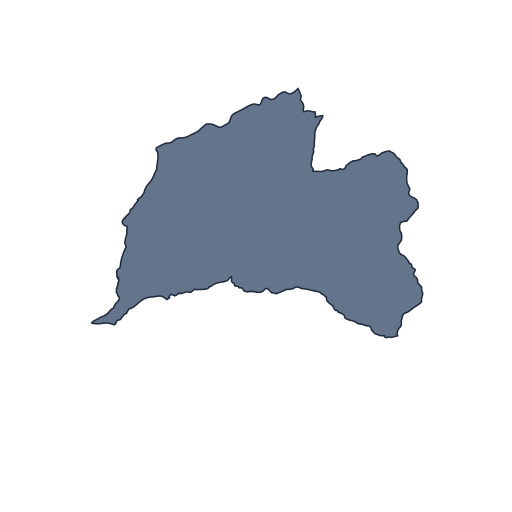 Tenza, Boyacá, Colombia, rotated 236°
{"feature_id": "7082276B18084184900557", "entity_name": "Tenza", "entity_type": "district", "adm_level": 2, "iso_a3": "COL", "parent_name": "Colombia", "parent_adm1": "Boyacá", "projection": "equal_earth", "projection_center": [-73.43, 5.079], "detail": "fine", "context": "isolated", "style": "filled", "palette": "slate", "viewbox_px": 512, "rotation_deg": 236, "n_neighbors": 0, "source": "geoboundaries", "source_scale": "gbopen_adm2", "svg_char_len": 6160}
<svg xmlns="http://www.w3.org/2000/svg" viewBox="0 0 512 512"><g transform="rotate(236 256 256)"><path d="M401.4,234.0L400.6,232.9L399.9,232.6L398.9,232.4L397.4,232.7L393.2,230.4L391.3,228.9L385.2,223.4L383.5,222.2L382.6,220.8L381.6,218.8L378.5,214.1L377.4,211.8L374.9,203.9L373.0,200.8L371.1,198.5L370.4,197.1L369.1,193.2L369.3,191.2L368.9,189.2L368.0,189.4L366.6,184.7L364.8,180.7L364.7,177.6L363.3,176.3L362.7,175.6L362.2,174.5L361.6,170.5L360.6,166.6L359.8,165.0L359.3,164.3L358.7,163.9L357.9,163.7L355.5,163.8L352.9,165.3L352.4,165.4L351.8,165.3L349.6,163.3L346.7,161.4L342.9,157.0L341.1,155.3L340.1,154.5L339.2,154.2L337.2,153.8L335.8,152.8L332.9,148.0L330.9,145.6L330.0,144.2L326.4,140.3L322.9,137.3L322.2,136.1L322.3,134.3L322.1,133.2L321.1,131.8L320.4,131.2L319.7,130.9L318.2,130.7L317.3,129.5L316.7,129.1L316.4,129.2L316.1,129.7L315.7,129.7L314.8,128.7L314.5,128.7L314.5,129.4L314.2,129.5L312.6,128.9L311.3,127.1L308.3,124.0L307.0,122.1L305.4,121.1L304.5,120.1L303.7,119.9L302.4,120.0L300.4,119.3L299.8,119.2L299.0,119.6L297.7,119.4L296.5,118.2L296.0,117.2L295.3,113.9L293.9,110.7L292.7,108.8L292.6,108.0L292.8,106.3L291.5,101.6L291.3,100.5L291.4,96.2L292.0,93.9L292.3,89.7L292.9,85.6L292.5,82.4L292.2,82.3L290.8,83.6L287.9,87.3L285.0,93.1L282.9,96.2L278.4,99.9L278.0,100.7L278.3,101.6L279.6,103.5L279.9,104.3L280.0,105.7L279.4,106.8L279.2,108.0L281.2,113.8L281.3,115.2L280.8,116.0L280.8,116.3L282.4,119.3L283.2,121.5L282.6,122.7L282.2,125.0L282.4,129.0L283.1,134.2L283.2,138.2L283.1,139.1L282.1,143.1L281.5,144.6L279.5,148.1L277.7,152.0L276.4,154.2L274.3,156.1L269.8,157.7L269.7,161.0L270.9,161.0L271.1,161.2L271.8,164.2L268.8,166.0L268.3,166.7L268.1,168.0L268.3,171.6L267.5,171.8L267.2,172.2L266.3,174.0L265.7,176.2L265.3,178.3L263.7,179.8L262.3,181.7L262.3,182.6L262.8,185.7L262.6,186.4L261.9,187.5L260.9,188.4L260.4,189.6L258.2,193.0L256.5,196.2L256.0,198.1L256.4,199.6L256.6,199.6L256.2,200.8L256.1,201.6L256.1,204.2L255.8,207.4L254.6,210.8L252.6,215.0L251.6,218.8L252.0,219.8L252.7,223.9L252.0,223.8L250.9,223.2L250.3,222.7L250.0,222.3L248.8,221.6L246.9,221.6L245.7,222.6L245.3,222.7L244.0,221.8L242.9,221.8L240.7,224.3L240.3,224.5L239.4,224.1L239.0,224.4L237.4,226.4L237.0,226.7L234.6,226.4L233.2,226.9L231.6,228.2L230.5,229.6L230.3,231.0L230.0,231.6L229.1,231.9L228.9,233.2L228.5,233.5L227.8,233.6L227.2,235.1L226.4,235.5L225.4,236.5L224.1,238.3L223.2,240.2L223.0,240.7L223.0,242.7L223.6,245.2L223.5,246.5L222.3,246.9L222.1,247.4L221.4,247.7L219.8,247.8L216.7,248.4L215.2,250.4L213.7,251.4L213.3,251.9L211.7,259.7L211.4,262.2L209.7,265.0L208.4,267.8L208.1,268.9L208.0,271.4L207.7,272.1L206.3,273.9L204.7,274.8L203.2,275.9L202.2,277.3L199.3,280.3L194.5,284.6L190.2,288.9L189.3,288.8L188.0,289.1L185.6,290.5L183.9,290.7L183.2,291.1L182.1,291.1L179.4,289.8L178.4,289.8L175.3,290.5L172.1,291.7L168.9,291.3L166.9,291.3L166.2,291.7L165.6,292.8L163.9,292.7L163.4,292.9L160.7,294.7L158.7,295.7L157.3,295.9L156.3,295.7L155.7,295.4L154.3,295.2L150.4,297.7L147.7,300.4L145.7,301.6L143.5,302.3L142.6,303.0L139.5,306.3L136.4,308.4L135.2,310.2L134.6,310.7L132.3,311.2L129.5,310.4L128.9,310.4L128.1,310.7L125.2,311.1L120.9,314.2L119.3,315.9L118.4,317.6L118.1,317.8L117.0,317.4L115.7,318.1L115.1,318.8L114.9,320.6L113.3,322.0L112.7,323.1L110.6,328.9L112.0,329.3L113.0,329.8L114.8,331.6L115.7,333.1L116.5,335.9L117.3,337.5L117.7,338.1L121.0,340.2L124.8,344.5L125.3,345.3L125.4,346.7L124.7,350.6L124.6,352.2L125.0,357.6L124.9,364.2L125.2,367.0L125.6,367.7L127.5,368.9L128.7,370.1L131.4,373.2L135.0,374.3L137.8,376.0L142.7,375.1L143.6,375.4L146.2,376.7L147.1,376.9L148.7,376.8L150.2,376.2L152.3,376.2L153.3,376.8L153.9,377.6L155.0,379.9L155.7,380.3L156.9,380.2L158.7,379.2L159.3,379.1L159.8,379.1L161.5,380.0L162.2,380.1L163.4,379.7L164.6,379.0L166.4,379.5L172.5,379.0L174.3,378.3L175.7,377.3L177.6,376.9L179.0,376.9L183.1,377.9L184.2,378.4L185.6,379.9L187.5,384.9L188.6,386.2L191.6,388.3L192.7,388.9L194.1,389.4L196.4,389.4L200.6,391.7L202.8,394.5L201.9,398.2L200.6,400.6L202.1,405.0L203.5,410.6L204.7,414.0L204.9,416.5L205.6,417.6L208.0,419.2L209.9,420.2L211.5,420.1L212.6,420.7L215.7,419.6L218.8,417.6L219.7,417.3L220.1,417.2L222.6,417.6L223.6,418.5L224.4,419.9L225.3,420.8L227.1,421.4L228.5,421.4L232.4,422.1L236.6,424.6L238.5,426.1L240.5,428.1L243.1,429.7L244.9,429.6L247.0,428.9L249.9,429.0L252.8,428.6L255.8,429.3L258.7,428.0L263.0,427.8L265.2,427.1L266.7,426.1L268.5,425.4L270.1,421.8L270.8,419.0L271.1,417.4L270.7,415.0L270.7,414.3L271.1,413.0L271.4,412.4L271.9,412.0L272.5,411.8L273.8,411.8L274.2,411.6L275.0,410.8L276.2,408.5L277.2,405.4L277.9,401.7L278.5,399.7L277.8,397.3L277.9,396.6L279.3,391.8L280.6,389.9L280.9,387.7L281.0,385.6L280.6,383.8L280.7,382.1L280.5,381.2L279.4,379.6L279.0,378.5L279.0,377.5L279.2,376.5L279.5,375.9L280.9,375.0L281.4,374.2L281.5,372.6L282.0,371.0L283.1,368.4L283.9,366.9L287.1,363.8L287.7,362.9L288.1,362.0L288.8,358.9L289.4,357.6L292.9,352.7L294.7,350.6L295.8,351.8L296.5,352.0L298.8,352.0L300.9,352.7L301.8,353.5L304.9,356.7L307.3,358.4L309.9,361.9L310.6,362.4L312.1,362.9L314.4,365.7L318.7,368.7L320.4,370.2L324.6,373.2L326.3,374.7L328.6,377.7L330.7,382.6L332.1,384.5L332.9,387.0L333.6,388.5L334.3,389.3L335.1,389.8L335.5,389.1L337.3,385.0L337.5,383.1L342.5,385.5L343.4,384.2L347.1,380.6L347.8,379.4L349.1,376.1L350.6,376.8L353.0,379.0L354.3,379.7L356.8,380.3L359.3,380.1L360.5,380.2L361.3,380.7L362.7,382.4L363.5,382.9L367.7,384.0L371.3,384.5L370.8,381.4L370.7,379.5L370.7,377.7L371.2,375.2L371.9,374.0L375.8,371.9L376.7,370.2L377.0,368.5L377.2,365.0L376.2,359.9L376.3,358.5L376.8,357.1L377.3,356.1L378.2,355.2L381.3,353.7L382.6,352.0L382.8,351.3L382.8,350.3L382.4,348.8L379.7,345.2L379.3,343.8L379.5,343.1L382.5,340.1L383.4,339.0L383.9,337.4L384.4,335.4L384.7,333.2L385.3,325.5L386.3,317.9L386.3,316.2L386.0,314.8L385.3,313.3L382.1,308.9L381.8,307.9L381.7,306.5L382.2,299.8L382.5,298.8L383.7,297.2L389.1,293.9L390.9,292.1L392.9,289.2L393.2,288.3L393.1,287.1L392.4,281.2L391.8,277.9L393.2,266.6L393.6,264.7L394.2,262.8L395.0,261.1L397.1,257.9L397.7,256.2L397.9,253.6L397.5,250.0L397.7,248.6L398.2,247.2L399.7,244.7L400.3,243.3L400.9,239.1L401.4,234.0Z" fill="#64748b" stroke="#1e293b" stroke-width="1.5"/></g></svg>